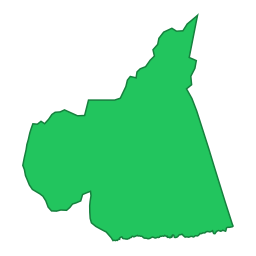 Lac Iro, Moyen-Chari, Chad
{"feature_id": "50815135B94662216566844", "entity_name": "Lac Iro", "entity_type": "district", "adm_level": 2, "iso_a3": "TCD", "parent_name": "Chad", "parent_adm1": "Moyen-Chari", "projection": "robinson", "projection_center": [19.344, 9.791], "detail": "fine", "context": "isolated", "style": "filled", "palette": "green", "viewbox_px": 256, "rotation_deg": 0, "n_neighbors": 0, "source": "geoboundaries", "source_scale": "gbopen_adm2", "svg_char_len": 3467}
<svg xmlns="http://www.w3.org/2000/svg" viewBox="0 0 256 256"><path d="M64.5,109.9L60.2,111.9L55.1,112.3L51.9,114.5L48.7,119.2L44.6,123.7L41.0,121.3L37.4,124.2L32.9,123.8L31.1,128.8L29.8,133.0L28.3,139.7L26.9,144.5L26.1,149.8L24.3,157.7L22.8,165.4L24.4,169.6L25.5,175.6L27.4,180.1L29.4,185.0L32.4,189.4L36.4,191.8L39.8,193.8L42.9,196.2L45.8,200.8L48.2,207.2L51.5,210.9L56.5,211.1L60.8,210.0L66.6,210.3L69.9,207.4L72.5,204.0L76.0,202.9L80.7,200.9L82.6,194.5L86.6,192.8L90.5,191.3L91.0,195.7L90.1,201.6L89.7,205.8L89.8,212.1L90.2,218.4L91.4,222.8L95.8,226.4L100.7,229.1L106.2,232.0L111.1,237.6L113.0,240.6L113.4,240.4L113.7,240.2L115.6,240.6L116.5,240.2L117.0,240.3L117.5,240.4L117.9,239.9L118.5,239.2L118.9,239.1L119.6,239.3L119.9,237.7L121.6,236.9L122.1,237.1L122.6,238.2L122.8,238.4L123.2,238.6L125.3,238.8L125.6,239.0L126.0,238.9L126.6,239.0L127.0,239.2L127.3,239.1L127.8,238.8L128.2,238.7L128.4,238.7L129.0,238.6L129.7,237.9L129.9,237.8L130.3,237.7L131.0,237.5L131.3,237.4L131.8,236.7L132.0,236.4L132.3,236.3L132.7,236.3L133.6,236.8L134.1,236.8L135.0,236.4L137.4,235.4L137.5,235.5L137.9,235.9L138.0,236.0L138.3,236.0L139.5,235.8L140.2,236.2L141.7,236.2L141.9,236.3L142.2,236.5L142.8,236.9L143.0,237.3L143.5,237.7L143.9,237.9L144.1,238.0L144.3,238.1L145.4,238.2L146.3,238.2L146.9,238.4L147.2,238.5L147.8,238.7L148.1,238.7L148.7,238.7L149.2,238.6L149.9,238.3L150.2,238.2L152.3,237.0L154.3,237.6L154.7,237.9L155.7,238.0L157.4,237.3L158.6,237.5L158.8,237.4L159.4,237.2L159.5,237.2L159.8,236.7L160.1,236.2L161.7,236.3L162.6,235.9L163.5,236.2L163.8,236.2L164.1,236.1L164.8,235.4L165.0,235.6L166.1,236.2L166.3,236.3L167.2,236.2L167.4,237.3L168.7,237.3L169.2,237.3L169.8,237.8L170.3,237.7L170.7,237.2L171.0,236.9L171.0,237.0L171.3,237.3L171.6,237.3L171.7,237.2L172.1,236.8L172.3,235.3L172.4,235.2L172.6,235.0L173.3,235.0L173.8,235.3L174.1,236.5L174.2,237.0L174.6,237.4L175.0,237.5L175.3,237.5L176.0,237.4L176.8,237.2L177.4,236.8L177.7,236.6L179.2,234.9L179.8,234.6L181.0,234.7L181.3,234.5L181.5,234.3L182.1,234.2L182.4,234.5L182.6,234.6L183.1,235.5L183.7,235.9L184.0,236.2L185.1,237.1L186.7,236.8L188.8,237.2L190.3,236.6L190.7,236.4L191.8,236.4L192.2,236.4L192.4,236.5L192.8,236.8L193.2,236.9L193.3,236.9L193.5,236.9L193.8,236.9L195.3,235.7L197.6,235.9L197.8,235.8L198.5,235.2L199.8,234.1L200.0,233.5L201.4,233.6L201.7,233.6L202.7,232.9L204.7,232.9L204.9,232.8L205.2,232.7L206.2,231.8L206.4,231.7L207.2,231.6L207.3,231.5L208.4,231.6L209.5,231.9L210.3,231.8L211.3,231.5L212.6,230.7L213.2,232.5L213.3,232.8L213.8,233.5L214.2,233.7L215.0,233.6L215.2,233.2L215.3,233.2L215.9,232.2L216.3,231.9L216.8,231.3L217.8,230.7L218.7,230.5L219.5,230.9L219.9,230.9L220.1,230.8L220.3,231.0L220.5,231.2L221.5,231.0L222.8,230.2L223.3,230.4L224.6,230.9L225.6,231.2L226.0,230.2L226.3,228.6L226.6,227.9L227.1,227.5L227.3,227.4L228.1,227.3L229.4,227.3L232.2,226.8L232.8,226.4L233.0,226.2L232.9,225.4L232.7,225.1L232.4,224.5L225.1,201.8L213.9,165.7L208.9,149.2L196.7,111.0L191.9,98.5L186.5,88.9L191.6,84.7L190.8,76.3L191.1,75.7L194.9,68.3L196.3,60.6L189.2,57.5L197.5,15.4L197.3,15.6L196.8,15.9L196.1,16.6L195.0,17.5L187.2,24.0L186.4,25.3L182.9,30.8L176.5,31.2L171.9,28.3L163.7,32.1L158.9,38.3L157.7,44.4L153.0,49.7L153.0,49.8L154.4,56.1L150.2,60.2L145.6,66.7L140.2,68.8L137.1,71.8L137.0,72.0L136.1,77.7L136.1,77.8L130.3,76.5L129.8,77.1L127.4,80.2L125.9,86.5L120.3,98.2L119.7,98.4L114.6,100.1L88.5,100.1L84.6,115.5L77.5,115.8L64.5,109.9Z" fill="#22c55e" stroke="#15803d" stroke-width="1.5"/></svg>